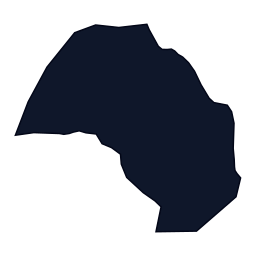 map outline of Prevalje (Robinson projection)
{"feature_id": "SVN-233", "entity_name": "Prevalje", "entity_type": "Municipality", "adm_level": 1, "iso_a3": "SVN", "parent_name": "Slovenia", "parent_adm1": "", "projection": "robinson", "projection_center": [14.895, 46.555], "detail": "fine", "context": "isolated", "style": "filled", "palette": "ink", "viewbox_px": 256, "rotation_deg": 0, "n_neighbors": 0, "source": "natural_earth", "source_scale": "10m", "svg_char_len": 689}
<svg xmlns="http://www.w3.org/2000/svg" viewBox="0 0 256 256"><path d="M118.8,27.5L146.9,24.3L149.2,29.8L158.3,46.3L162.1,49.4L167.3,49.5L171.4,49.1L174.7,51.0L178.0,54.4L182.7,57.1L188.6,62.8L194.5,71.2L201.1,84.9L209.1,98.2L213.9,102.6L227.3,105.2L231.6,111.7L234.0,123.2L233.2,148.3L234.2,159.5L234.5,166.9L235.0,170.5L237.0,173.6L240.6,177.9L236.0,196.8L196.5,231.1L156.0,231.7L161.1,206.8L155.0,200.9L143.3,192.7L126.7,177.4L121.3,164.1L120.5,154.2L111.5,147.6L102.1,143.7L96.2,134.0L85.9,132.8L79.2,130.8L73.3,132.1L69.2,133.5L63.8,134.3L59.5,133.5L33.8,132.6L15.4,135.2L28.2,101.8L47.0,67.1L74.7,32.7L95.6,25.0L118.8,27.5Z" fill="#0f172a" stroke="#020617" stroke-width="1.5"/></svg>